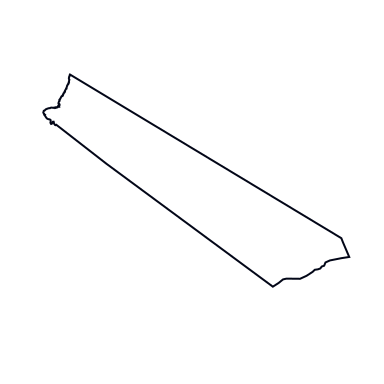 Ngerkesou, Ngchesar, Palau, rotated 209°
{"feature_id": "81905179B7495119160888", "entity_name": "Ngerkesou", "entity_type": "district", "adm_level": 2, "iso_a3": "PLW", "parent_name": "Palau", "parent_adm1": "Ngchesar", "projection": "orthographic", "projection_center": [134.602, 7.464], "detail": "fine", "context": "isolated", "style": "outline", "palette": "ink", "viewbox_px": 384, "rotation_deg": 209, "n_neighbors": 0, "source": "geoboundaries", "source_scale": "gbopen_adm2", "svg_char_len": 2175}
<svg xmlns="http://www.w3.org/2000/svg" viewBox="0 0 384 384"><g transform="rotate(209 192 192)"><path d="M39.0,224.0L355.7,235.6L355.7,235.2L355.6,234.7L355.5,234.4L355.3,234.0L355.3,233.7L355.2,233.6L355.3,233.1L355.0,232.5L355.0,232.2L354.8,231.7L354.2,231.0L353.7,230.8L353.4,229.6L353.1,228.9L353.1,228.3L352.9,228.2L352.8,227.6L352.6,227.6L352.6,227.3L352.6,226.8L352.5,226.4L352.8,226.2L352.8,225.8L352.7,225.7L352.7,225.1L352.8,224.6L352.6,224.3L352.6,223.8L352.4,223.1L352.3,222.2L352.0,221.8L352.3,221.6L352.3,221.4L352.2,221.0L352.1,220.7L352.2,220.4L352.2,220.1L352.2,219.9L352.2,219.1L352.0,218.8L352.0,218.4L351.7,218.1L351.8,217.8L352.1,217.7L352.0,217.1L351.8,217.0L351.8,216.8L352.2,216.2L352.1,214.9L351.9,214.8L352.0,214.3L352.1,213.7L351.9,213.6L352.1,213.3L351.9,213.0L352.5,212.3L352.5,210.6L352.4,210.3L352.5,209.3L352.4,209.3L352.4,209.0L352.6,209.0L352.7,208.4L352.3,208.0L352.4,207.8L352.0,207.4L352.2,206.6L352.0,205.4L351.8,204.8L351.6,204.7L351.3,204.5L351.0,204.7L350.6,204.6L350.4,204.4L350.7,204.3L350.8,203.1L350.5,203.0L350.1,202.8L349.8,202.7L349.6,202.4L350.2,202.3L350.4,202.2L350.4,201.8L350.3,201.7L350.5,201.6L350.8,201.5L350.8,201.4L350.7,201.2L350.7,200.9L350.9,200.7L351.2,200.5L351.1,200.4L351.3,200.2L351.7,200.3L351.8,200.2L352.1,200.2L352.4,199.9L352.1,199.4L352.3,199.2L352.6,199.5L352.8,199.5L352.9,199.2L353.3,198.8L353.7,198.8L354.0,198.4L354.7,198.2L355.0,198.0L356.0,197.6L356.6,197.0L356.9,196.4L357.6,196.1L358.4,195.3L359.1,194.6L359.2,194.3L359.5,193.9L360.0,193.4L360.4,191.8L361.0,191.2L360.8,190.6L360.7,189.6L360.2,189.1L359.6,188.7L359.2,188.7L358.9,188.4L358.2,188.3L358.4,187.8L357.6,187.5L356.2,186.7L355.4,186.3L354.1,185.9L352.8,186.1L351.7,186.5L350.8,186.5L350.4,186.1L349.8,185.3L349.6,184.3L349.0,183.6L348.2,183.2L347.7,183.7L347.6,185.6L347.7,186.0L347.1,186.4L346.7,186.0L346.2,185.4L345.8,184.9L344.2,184.2L343.7,184.3L343.3,185.0L280.5,175.2L75.4,148.4L72.1,154.5L70.0,159.7L67.4,162.0L55.4,168.5L51.2,174.2L47.8,180.6L46.9,183.5L44.4,185.4L42.7,187.3L42.4,189.7L40.7,191.6L41.1,195.1L38.2,199.0L29.2,206.6L23.0,211.4L35.6,221.2L39.0,224.0Z" fill="none" stroke="#020617" stroke-width="2"/></g></svg>